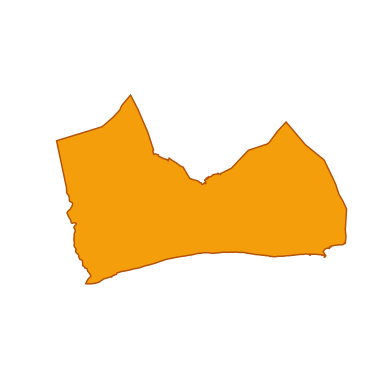 outline of Santa María Tonameca, Oaxaca, Mexico, rotated 336°
{"feature_id": "50627088B31597135225135", "entity_name": "Santa María Tonameca", "entity_type": "district", "adm_level": 2, "iso_a3": "MEX", "parent_name": "Mexico", "parent_adm1": "Oaxaca", "projection": "natural_earth1", "projection_center": [-96.691, 15.782], "detail": "fine", "context": "isolated", "style": "filled", "palette": "amber", "viewbox_px": 384, "rotation_deg": 336, "n_neighbors": 0, "source": "geoboundaries", "source_scale": "gbopen_adm2", "svg_char_len": 5665}
<svg xmlns="http://www.w3.org/2000/svg" viewBox="0 0 384 384"><g transform="rotate(336 192 192)"><path d="M173.9,138.1L175.9,119.3L176.2,94.8L176.2,94.6L175.3,78.5L171.9,80.1L167.8,82.1L162.9,84.5L159.4,87.7L156.3,89.1L150.9,91.4L144.0,93.6L136.5,95.8L135.7,95.7L127.8,94.8L120.3,93.9L108.0,92.4L104.6,92.0L98.2,91.2L89.1,90.1L79.2,136.5L77.8,140.4L77.3,141.5L77.2,141.9L77.6,143.7L77.7,145.3L77.8,146.4L77.4,147.8L76.5,150.0L76.5,150.8L77.7,152.3L78.2,153.1L78.2,154.2L77.9,154.8L77.3,155.3L76.4,156.3L75.4,157.0L74.1,158.0L73.7,158.2L72.2,158.6L70.5,159.3L69.4,160.1L69.2,160.9L69.3,162.1L69.3,162.9L69.2,164.0L69.2,164.7L69.4,165.6L69.7,167.5L69.7,168.6L69.3,170.9L69.6,171.8L70.5,171.9L71.8,172.2L72.4,172.6L73.3,173.3L73.2,174.2L72.8,174.7L71.5,175.0L70.1,175.9L69.6,176.7L69.9,178.1L69.7,179.6L69.3,180.3L67.3,182.5L66.0,185.3L65.2,186.3L64.3,188.7L64.1,190.1L63.5,191.5L62.9,192.1L62.3,193.3L62.6,194.8L62.8,196.3L62.8,197.0L62.5,197.4L62.1,197.7L61.6,199.0L61.5,200.4L62.6,202.7L62.7,203.5L62.4,204.7L62.2,205.9L62.2,206.0L62.1,207.3L62.2,207.9L63.0,208.7L63.5,209.4L63.9,210.2L63.8,210.8L63.0,212.9L62.3,214.5L62.4,215.1L62.9,215.4L63.3,218.0L64.2,218.5L64.6,218.9L64.9,219.7L64.5,222.0L64.9,223.1L65.2,224.7L65.4,225.7L65.5,226.9L65.4,227.5L65.2,228.0L64.9,228.2L64.4,228.2L63.1,228.6L60.6,230.0L57.7,232.4L57.6,232.5L58.4,233.0L58.9,233.3L60.8,234.1L62.3,234.8L64.1,235.3L66.5,236.0L68.1,236.3L70.0,236.3L71.1,236.5L72.2,236.1L72.8,236.0L73.5,236.0L74.2,235.9L74.9,235.6L75.3,235.5L76.2,235.5L76.8,235.7L77.3,235.7L78.0,235.8L78.3,235.8L78.9,235.9L79.6,236.0L80.4,236.1L81.1,236.2L82.2,236.2L82.8,236.3L83.2,236.4L83.4,236.7L83.6,236.9L84.1,237.0L84.6,236.7L84.7,236.4L85.0,236.3L85.4,236.2L86.3,236.3L87.4,236.3L88.6,236.4L89.4,236.6L89.9,236.2L90.1,235.8L90.7,235.5L91.9,235.6L92.8,235.7L94.5,235.9L96.5,236.2L97.8,236.7L99.2,237.0L100.3,237.2L102.2,237.7L105.1,238.2L107.0,238.4L109.3,239.0L110.8,239.4L113.0,239.8L114.5,240.1L116.7,240.1L118.4,240.3L120.6,240.6L122.1,241.0L123.7,241.2L125.6,241.6L127.1,241.7L129.1,242.0L130.8,242.2L133.0,242.3L135.4,242.5L138.0,242.8L140.0,242.9L142.3,243.3L143.9,243.6L145.9,244.2L148.1,244.6L150.2,245.1L151.8,245.5L154.5,246.1L156.4,246.7L158.6,247.3L160.2,247.8L162.0,248.1L163.8,248.6L165.4,249.2L167.1,249.5L169.0,249.9L170.3,250.1L171.8,250.4L173.8,250.9L175.0,251.5L176.5,251.8L178.2,252.4L179.9,253.1L182.1,254.0L184.2,255.4L185.8,256.5L187.5,256.9L189.6,257.7L191.7,258.4L194.1,259.1L196.3,259.8L197.6,260.5L199.1,261.1L200.9,262.0L203.3,262.9L205.0,263.8L207.2,264.5L208.7,265.4L210.7,266.4L212.8,267.4L215.0,268.5L216.5,269.6L218.2,270.7L220.0,271.9L222.4,273.4L224.2,274.7L226.2,275.8L228.1,276.8L230.1,278.1L232.4,279.4L234.4,280.6L235.4,281.1L236.9,282.3L238.1,283.0L239.5,283.9L240.8,284.6L241.8,285.0L244.3,285.7L246.6,286.7L249.1,287.7L252.7,288.8L255.2,289.8L257.5,290.5L259.4,291.2L261.4,291.7L262.8,292.2L264.3,292.7L266.4,293.3L267.5,294.0L269.2,294.5L269.7,294.6L271.5,295.2L272.8,295.9L273.6,296.6L273.8,297.3L274.1,297.8L274.3,297.8L274.3,297.4L274.4,297.0L274.7,297.0L275.6,297.1L276.0,297.6L277.9,298.3L279.6,299.2L280.4,299.6L281.0,299.9L281.7,300.4L282.7,300.8L283.2,301.3L284.2,301.6L284.7,302.0L284.8,302.5L285.3,302.8L285.6,302.8L286.1,302.9L286.4,303.1L286.8,303.8L286.9,304.3L287.0,304.6L287.0,305.0L286.8,305.2L286.5,305.3L286.6,305.5L287.0,305.4L287.3,305.3L287.6,305.1L287.8,305.0L288.1,304.6L288.3,304.6L288.4,304.3L288.3,304.2L288.1,304.0L288.0,303.6L288.0,302.7L288.0,302.0L287.7,301.5L287.7,301.2L287.6,300.6L287.7,300.0L288.3,299.3L288.9,299.0L289.5,298.6L290.0,298.5L290.5,298.2L291.1,298.1L291.3,298.2L292.4,298.4L293.2,298.5L293.7,298.7L294.2,299.2L294.6,299.5L294.8,299.4L294.8,298.8L295.0,298.5L295.6,298.1L295.9,298.2L296.3,298.7L296.5,298.8L296.6,298.7L296.7,298.4L296.5,298.2L297.0,298.2L297.5,298.1L298.1,298.3L299.2,298.5L300.8,298.8L302.3,299.3L303.6,299.7L304.1,299.9L304.3,299.9L305.0,300.2L305.9,300.5L306.5,300.7L306.7,300.8L307.4,301.2L308.0,301.3L309.0,301.5L309.4,301.4L309.7,301.3L310.1,301.1L310.6,300.7L310.8,300.4L311.1,300.4L311.3,300.4L311.4,300.7L314.4,295.6L316.8,288.6L326.3,270.4L326.2,261.9L325.3,254.0L326.4,243.2L326.3,237.3L325.7,216.5L314.8,195.0L306.4,166.3L294.6,171.4L282.6,178.2L279.2,178.9L279.0,178.6L266.3,177.4L260.5,176.8L237.7,186.3L225.9,186.8L225.0,187.5L224.9,187.1L224.6,186.9L224.1,186.6L223.8,186.5L223.8,186.1L223.4,185.6L223.1,185.4L222.9,185.5L222.6,185.7L222.3,185.9L221.8,185.8L221.2,185.4L220.4,185.2L219.9,185.2L219.6,185.1L219.1,185.0L218.4,184.8L218.2,184.9L217.8,184.9L217.4,185.1L216.9,185.3L215.9,185.5L214.7,185.5L214.1,185.7L213.8,185.6L213.6,185.2L213.3,184.9L213.2,184.7L212.7,184.9L212.6,185.0L212.5,185.3L212.5,185.7L212.4,185.8L212.2,185.7L211.7,185.5L211.1,185.1L210.8,185.1L210.7,185.2L210.7,185.7L210.9,186.3L210.7,186.4L210.3,186.1L209.9,185.9L209.1,186.0L208.4,186.4L208.3,186.8L208.5,187.2L208.7,188.1L208.5,188.3L208.4,188.6L208.2,189.2L208.1,189.5L207.9,189.8L207.7,189.7L207.5,188.7L207.3,188.7L206.9,188.6L206.3,189.0L205.7,189.4L205.0,189.3L204.6,189.2L204.4,189.2L204.2,189.0L204.1,188.8L204.1,188.4L204.1,188.0L204.1,187.5L204.0,187.3L203.8,187.1L203.5,187.0L202.9,186.6L202.8,186.2L202.6,185.5L202.1,184.9L201.3,183.8L199.4,182.2L198.2,181.4L197.0,180.1L195.5,178.8L195.1,175.7L194.7,172.2L194.3,168.7L194.0,165.7L192.1,163.7L189.4,158.9L188.0,156.9L186.5,154.6L184.9,151.9L184.7,152.2L184.2,152.4L183.9,152.7L183.6,153.0L183.2,153.5L182.9,153.7L182.7,153.0L182.3,152.0L181.9,152.1L181.0,151.0L180.5,150.8L176.0,145.7L175.9,145.6L176.4,144.3L174.1,142.4L173.2,142.0L172.4,142.2L172.3,140.9L173.2,138.3L173.3,138.1L173.9,138.1Z" fill="#f59e0b" stroke="#b45309" stroke-width="1.5"/></g></svg>